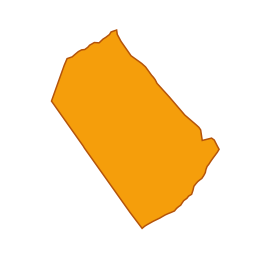 São Bento do Norte, Rio Grande do Norte, Brazil, rotated 131°
{"feature_id": "56859067B38595595329522", "entity_name": "São Bento do Norte", "entity_type": "district", "adm_level": 2, "iso_a3": "BRA", "parent_name": "Brazil", "parent_adm1": "Rio Grande do Norte", "projection": "albers", "projection_center": [-36.003, -5.149], "detail": "fine", "context": "isolated", "style": "filled", "palette": "amber", "viewbox_px": 256, "rotation_deg": 131, "n_neighbors": 0, "source": "geoboundaries", "source_scale": "gbopen_adm2", "svg_char_len": 1013}
<svg xmlns="http://www.w3.org/2000/svg" viewBox="0 0 256 256"><g transform="rotate(131 128 128)"><path d="M115.6,219.5L122.4,217.3L157.9,203.4L171.0,150.0L171.8,147.5L190.4,71.0L194.5,51.5L191.3,51.0L188.9,50.3L185.8,49.2L181.9,47.8L177.9,46.1L175.1,44.9L172.1,43.9L169.0,42.8L166.2,41.5L163.7,40.2L160.1,38.5L156.9,38.6L154.1,38.2L151.7,37.6L149.0,38.0L146.3,38.3L142.3,37.4L139.7,37.6L136.3,36.5L132.6,38.0L128.8,40.0L125.4,40.2L122.8,40.2L120.2,39.8L117.7,39.2L114.3,39.6L110.9,40.4L108.3,41.9L105.1,43.1L102.5,43.2L99.8,43.6L97.3,43.9L94.0,44.2L91.1,44.4L87.6,44.7L84.3,45.3L83.1,48.6L80.5,55.0L80.8,58.3L88.7,63.8L81.8,71.9L81.0,74.9L80.9,78.0L81.0,93.5L77.6,116.4L75.3,135.4L73.8,139.0L73.1,141.9L72.7,145.0L70.4,154.8L70.3,160.1L71.5,173.1L67.2,190.2L64.4,197.5L61.5,200.9L64.3,202.5L66.7,203.8L69.6,203.3L74.0,204.2L77.4,205.2L82.7,205.7L85.6,209.5L90.7,211.3L93.4,211.3L97.1,212.1L99.5,214.3L102.9,215.6L106.6,216.2L110.9,216.8L115.6,219.5Z" fill="#f59e0b" stroke="#b45309" stroke-width="1.5"/></g></svg>